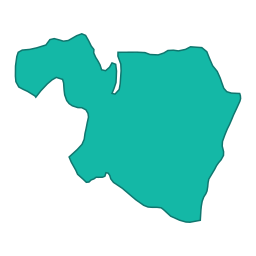 Komo-Mondah, Estuaire, Gabon
{"feature_id": "22940354B10433800471916", "entity_name": "Komo-Mondah", "entity_type": "district", "adm_level": 2, "iso_a3": "GAB", "parent_name": "Gabon", "parent_adm1": "Estuaire", "projection": "robinson", "projection_center": [9.643, 0.423], "detail": "fine", "context": "isolated", "style": "filled", "palette": "teal", "viewbox_px": 256, "rotation_deg": 0, "n_neighbors": 0, "source": "geoboundaries", "source_scale": "gbopen_adm2", "svg_char_len": 1793}
<svg xmlns="http://www.w3.org/2000/svg" viewBox="0 0 256 256"><path d="M239.7,93.5L231.4,93.1L226.8,91.7L223.8,88.3L222.0,83.3L220.2,78.1L217.2,71.4L212.6,65.7L209.2,57.8L206.8,51.7L201.8,47.6L190.5,46.8L185.5,49.4L178.4,50.9L173.4,50.2L167.9,50.5L163.8,53.0L158.2,54.9L150.0,54.5L145.0,52.6L136.9,52.2L118.0,52.3L117.9,56.1L120.8,64.1L121.1,70.7L120.2,83.8L119.2,89.5L115.0,94.1L112.0,93.4L114.1,88.2L116.0,82.5L116.3,76.6L116.5,71.1L115.7,64.3L112.0,62.9L109.6,67.2L105.6,70.7L101.6,69.8L100.0,64.8L98.0,61.1L95.7,57.4L93.7,52.9L93.9,49.5L91.2,46.0L88.7,40.9L85.6,35.4L81.8,33.8L76.7,35.7L68.3,40.5L63.4,41.2L59.2,39.9L54.2,38.6L49.9,39.6L45.9,45.0L36.9,47.8L29.8,49.4L22.2,50.1L18.2,52.3L16.8,56.5L15.5,66.0L15.4,76.2L15.9,81.7L18.8,87.0L23.1,89.3L27.6,91.4L34.9,95.9L35.8,97.2L40.9,90.7L47.3,83.9L52.0,79.9L56.3,77.4L62.6,79.4L63.6,83.0L64.1,90.1L64.7,94.9L66.7,100.5L69.1,103.6L72.3,105.8L77.8,107.6L81.8,107.7L85.9,109.8L88.0,113.4L88.5,117.1L87.2,122.9L86.1,128.6L85.0,133.5L84.2,139.3L82.0,144.4L77.2,149.6L69.1,157.0L71.3,162.2L75.8,170.2L77.6,174.3L83.0,179.1L86.3,182.3L89.0,182.0L91.2,179.9L93.9,178.9L96.2,177.2L98.2,177.3L102.6,177.2L104.9,176.2L106.0,172.7L108.1,173.1L109.7,175.3L110.8,178.9L113.5,182.4L122.2,188.2L135.6,199.6L143.7,205.3L148.0,207.0L152.0,207.3L156.9,207.3L161.2,207.8L163.4,209.5L167.2,213.0L170.7,216.2L179.6,220.2L185.9,222.0L190.0,222.2L200.3,220.3L200.9,210.3L201.3,206.2L202.2,201.2L203.8,196.9L205.8,193.8L207.0,191.0L207.7,186.8L208.1,182.5L208.8,179.1L211.0,175.4L214.6,169.4L216.5,165.7L218.6,162.7L221.1,159.8L223.5,155.4L223.6,151.8L222.9,148.9L222.2,146.0L222.5,141.4L224.8,135.0L227.3,128.9L229.5,124.5L231.5,119.9L233.5,115.0L236.3,109.1L239.9,101.2L240.6,98.6L240.4,95.8L239.7,93.5Z" fill="#14b8a6" stroke="#0f766e" stroke-width="1.5"/></svg>